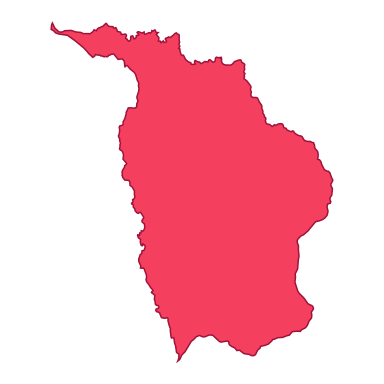 the district of Montebello, Antioquia, Colombia
{"feature_id": "7082276B54049955625365", "entity_name": "Montebello", "entity_type": "district", "adm_level": 2, "iso_a3": "COL", "parent_name": "Colombia", "parent_adm1": "Antioquia", "projection": "robinson", "projection_center": [-75.531, 5.918], "detail": "fine", "context": "isolated", "style": "filled", "palette": "rose", "viewbox_px": 384, "rotation_deg": 0, "n_neighbors": 0, "source": "geoboundaries", "source_scale": "gbopen_adm2", "svg_char_len": 5902}
<svg xmlns="http://www.w3.org/2000/svg" viewBox="0 0 384 384"><path d="M177.8,361.0L179.0,360.1L180.1,358.9L181.8,355.0L185.0,351.8L191.3,341.3L193.7,339.5L196.2,336.8L199.0,335.6L200.0,335.6L202.2,336.7L203.5,336.9L204.9,336.8L209.0,335.1L210.8,335.0L212.8,335.3L219.3,341.4L221.0,342.1L226.1,341.2L228.0,341.2L228.6,341.5L229.1,344.2L229.6,345.0L231.7,346.5L234.8,347.9L236.8,350.5L239.7,350.3L243.9,353.6L249.1,354.4L251.6,355.6L253.0,355.7L254.1,355.5L255.5,354.6L257.7,350.1L260.1,348.1L260.5,346.3L264.6,345.5L268.5,344.0L271.9,340.8L272.7,339.4L274.2,339.3L277.7,337.7L282.6,337.4L287.3,335.6L289.3,335.2L292.3,331.7L296.5,331.2L300.4,331.4L301.6,329.7L305.1,328.0L306.4,326.7L307.6,324.8L309.2,320.8L311.5,318.1L311.8,315.0L311.3,312.1L313.3,309.3L313.4,308.0L312.6,306.2L311.8,305.6L308.0,303.8L304.0,298.1L299.0,293.1L297.7,290.9L294.9,282.1L295.5,277.4L295.2,273.9L297.6,269.0L298.3,260.0L299.0,256.2L298.4,249.7L298.5,245.9L297.3,242.6L297.2,240.7L298.0,239.0L301.0,235.9L303.6,234.7L307.9,231.0L315.1,222.3L316.2,221.5L319.2,220.9L322.7,219.5L324.9,217.9L326.5,216.1L327.3,214.8L328.0,211.1L327.0,206.9L327.6,204.0L330.2,203.3L330.8,201.7L330.0,199.7L330.0,198.5L330.4,197.1L331.7,195.3L332.4,189.4L332.4,188.5L331.1,186.0L330.8,184.4L332.8,180.5L332.5,179.3L331.7,177.9L329.8,172.6L328.3,171.2L327.1,171.2L324.3,169.6L321.6,164.2L321.2,162.3L320.2,160.6L319.5,159.8L317.6,159.2L318.2,155.6L317.9,152.5L317.4,151.2L314.8,148.1L314.5,145.0L313.5,142.7L311.7,142.3L310.3,141.4L307.5,141.4L304.5,140.6L302.1,136.7L301.5,136.2L298.6,135.5L295.9,134.0L294.4,132.8L293.6,131.2L292.5,130.9L291.5,131.7L290.5,131.5L286.9,129.9L286.1,128.3L283.9,127.7L283.1,125.1L282.2,123.9L280.9,123.6L278.2,124.0L275.9,125.4L274.4,124.7L272.5,126.4L272.0,126.4L269.7,124.5L267.1,124.0L265.9,122.9L265.4,120.6L265.9,118.7L265.5,117.6L264.6,117.0L264.1,115.0L262.8,112.9L262.9,111.0L261.9,108.8L261.8,105.8L261.4,104.9L259.3,102.0L257.6,98.1L256.2,97.5L252.5,97.4L251.3,96.3L250.8,94.6L251.4,92.0L250.4,89.5L251.0,87.3L250.7,86.0L247.0,81.0L244.1,78.7L244.0,77.9L244.5,76.9L244.2,75.1L245.0,73.6L243.7,72.3L243.7,71.8L244.7,69.3L244.4,67.3L244.7,64.5L243.9,63.5L241.9,62.4L240.8,59.9L238.9,60.0L234.5,61.6L232.4,64.1L230.7,65.1L225.5,65.0L223.4,64.3L221.8,62.5L221.5,60.9L221.7,59.1L220.7,58.6L221.4,57.7L221.2,57.3L218.6,57.7L216.4,57.2L215.5,58.1L215.0,61.2L213.4,62.3L212.9,62.2L210.3,59.9L209.4,59.7L208.7,60.2L208.0,62.0L204.6,61.5L202.4,63.1L201.1,63.5L200.6,63.4L199.6,62.0L197.9,61.9L195.2,60.4L194.6,61.1L194.5,61.8L195.2,64.1L192.2,64.4L191.1,64.1L190.8,62.7L188.4,61.9L185.6,59.5L183.5,55.3L183.2,55.1L181.7,55.4L181.1,54.5L180.1,51.5L179.8,48.8L178.7,48.4L179.8,46.4L178.9,44.4L179.6,42.3L179.1,39.7L179.2,35.3L178.9,34.5L177.3,34.0L176.4,32.9L175.0,33.4L173.4,35.1L170.0,37.6L168.5,36.9L167.1,37.9L165.7,38.2L165.2,39.1L166.5,41.0L166.1,42.0L164.1,42.4L163.3,40.9L161.0,42.7L160.3,41.2L158.4,41.0L158.9,38.6L158.8,37.5L156.3,34.4L158.1,32.6L156.2,32.5L155.1,30.0L154.4,30.0L152.8,31.2L151.9,30.6L151.4,32.3L150.6,33.1L149.1,32.6L145.3,34.3L144.4,34.0L144.1,32.0L141.8,33.1L139.0,31.8L137.7,31.8L137.1,32.6L138.6,34.3L138.6,35.2L136.5,35.5L136.2,35.8L136.2,37.4L134.9,38.7L134.2,38.9L132.7,35.9L131.0,36.2L130.6,37.1L130.8,38.4L130.5,39.9L129.7,40.9L128.7,41.2L127.7,40.3L127.1,39.1L125.7,38.5L125.7,37.4L126.3,36.3L126.5,35.2L125.7,34.1L121.3,34.5L120.6,32.2L117.4,31.4L116.7,29.1L115.8,27.6L113.9,28.3L112.9,26.6L109.4,26.5L107.9,25.6L106.3,23.4L105.7,23.5L103.0,26.2L98.2,28.2L97.4,28.9L96.4,30.7L94.1,29.8L92.8,31.8L89.8,33.9L88.4,33.6L83.3,33.6L80.8,32.4L76.1,32.0L71.0,30.4L64.9,30.7L62.0,32.1L59.0,31.9L54.9,28.2L52.4,23.0L51.5,25.1L51.2,29.5L53.5,30.7L55.6,32.9L58.6,34.0L67.5,35.3L75.3,40.9L83.5,47.7L87.5,51.9L88.5,53.4L92.8,57.4L94.7,56.1L95.4,54.5L97.6,55.1L100.0,55.1L100.9,56.0L102.1,56.0L104.0,56.8L105.6,56.5L107.1,56.8L108.1,56.3L108.6,55.2L110.0,55.1L111.6,54.1L113.8,54.1L118.1,59.4L122.1,58.9L124.2,61.0L124.9,66.8L125.2,66.8L125.9,65.5L127.4,65.7L130.3,69.2L134.2,72.3L135.6,74.5L137.3,80.3L138.5,82.3L138.7,84.6L138.4,85.5L139.0,88.7L138.5,91.9L136.9,96.7L137.0,98.3L138.0,100.9L136.7,104.0L136.8,105.5L136.4,107.2L135.3,107.9L133.4,108.2L131.5,107.8L128.3,107.9L126.2,112.4L126.2,113.9L124.7,119.0L123.1,121.8L123.1,124.6L122.4,125.2L119.8,125.9L119.2,127.2L119.7,130.4L119.2,134.1L118.4,135.9L118.8,137.4L119.8,138.8L119.6,140.5L120.5,143.3L120.0,144.5L120.0,146.7L119.5,149.0L120.0,149.7L122.0,151.0L122.9,152.5L123.5,155.2L123.0,159.1L126.6,163.4L126.4,164.3L124.7,165.6L124.5,167.2L122.7,170.0L122.0,172.1L122.4,174.0L122.0,175.1L122.9,177.7L124.8,180.1L128.4,180.3L129.2,180.9L129.9,182.4L130.0,185.4L132.2,187.0L134.4,190.9L134.4,195.1L134.9,196.3L134.6,197.6L133.9,199.0L132.6,199.6L133.0,201.9L131.5,203.3L131.7,204.0L133.2,204.6L133.3,207.2L134.8,208.8L135.1,210.8L137.2,213.0L138.4,213.3L139.7,212.4L140.6,212.4L143.7,217.2L143.7,217.7L141.9,220.6L142.2,222.1L144.3,223.8L144.8,226.9L144.3,229.3L143.2,230.9L142.6,231.1L141.3,230.7L141.0,232.9L139.7,233.0L139.7,235.0L139.4,235.5L138.0,234.7L137.7,234.8L137.6,235.6L138.4,237.8L140.5,239.4L140.3,242.5L141.2,245.3L142.3,245.8L142.6,245.4L142.7,244.0L143.3,244.0L144.7,245.4L145.3,246.9L144.0,250.3L142.0,250.8L141.7,253.7L140.3,254.4L138.7,259.1L138.9,261.8L140.8,265.9L140.4,268.0L142.0,268.3L143.0,267.9L144.1,268.7L146.4,275.0L146.6,277.5L146.0,279.6L146.7,281.9L148.8,284.5L150.6,287.6L152.8,290.0L153.0,290.8L151.7,291.8L151.5,292.6L154.9,295.3L154.3,299.4L155.1,301.2L155.3,304.1L156.4,305.3L158.0,305.5L158.7,306.6L158.8,307.4L158.3,308.2L156.0,309.2L155.8,310.6L156.8,311.8L158.4,312.1L159.6,313.0L161.2,317.1L161.7,317.7L164.4,318.3L167.3,317.8L168.1,318.7L168.0,320.9L169.4,326.2L170.4,328.5L170.3,330.9L171.1,337.2L171.8,338.1L173.3,337.6L173.9,338.0L174.6,343.2L175.6,345.8L176.5,352.2L177.4,353.2L178.9,354.0L178.9,356.7L178.4,359.6L177.8,361.0Z" fill="#f43f5e" stroke="#9f1239" stroke-width="1.5"/></svg>